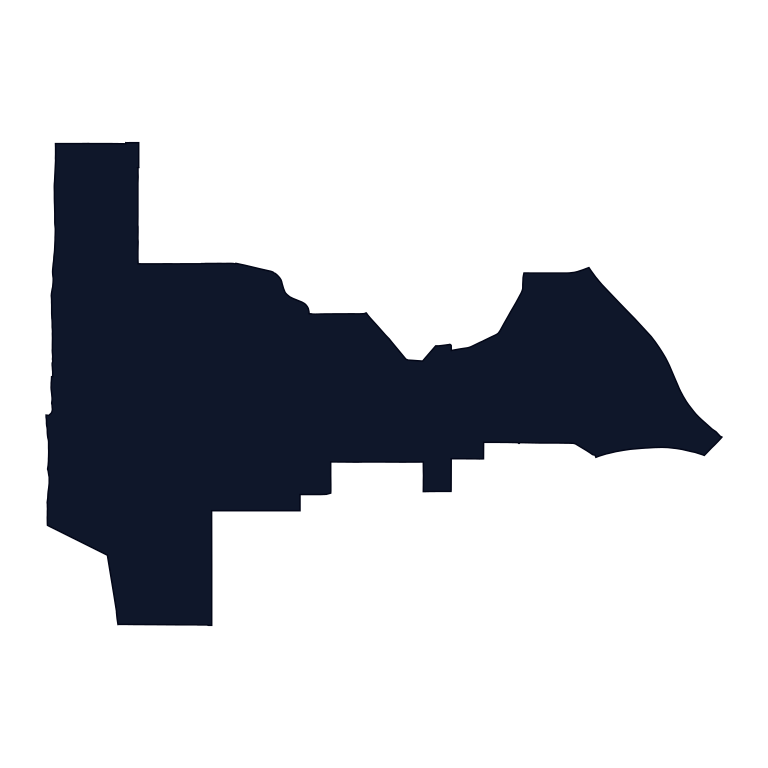 the district of Cambridge, Western Australia, Australia
{"feature_id": "25037944B66566842359979", "entity_name": "Cambridge", "entity_type": "district", "adm_level": 2, "iso_a3": "AUS", "parent_name": "Australia", "parent_adm1": "Western Australia", "projection": "orthographic", "projection_center": [115.789, -31.935], "detail": "fine", "context": "isolated", "style": "filled", "palette": "ink", "viewbox_px": 768, "rotation_deg": 0, "n_neighbors": 0, "source": "geoboundaries", "source_scale": "gbopen_adm2", "svg_char_len": 5942}
<svg xmlns="http://www.w3.org/2000/svg" viewBox="0 0 768 768"><path d="M55.5,143.6L55.6,147.8L55.6,154.3L55.5,158.4L55.6,160.4L55.5,162.5L55.4,164.6L55.3,166.7L55.2,168.8L55.0,173.0L54.9,175.0L54.8,177.1L54.6,181.3L54.4,183.5L54.3,185.8L54.3,187.9L54.4,192.1L54.4,198.4L54.5,202.7L54.6,204.9L54.8,213.3L54.8,215.5L54.8,217.6L54.8,219.8L54.8,222.3L54.9,224.4L55.1,226.5L55.3,228.8L55.3,231.0L55.2,235.2L55.1,237.4L55.1,239.5L54.9,244.0L54.8,246.2L54.6,250.5L54.4,252.7L54.1,254.9L53.9,257.1L53.8,259.3L53.6,261.4L53.3,263.4L53.1,265.4L52.7,269.7L52.6,271.8L52.7,273.9L52.9,276.0L53.2,278.2L53.2,280.4L53.1,282.4L52.9,284.7L52.7,287.0L52.2,289.2L51.5,293.5L51.3,295.7L51.5,298.1L51.6,300.2L51.6,302.6L51.7,304.8L51.7,307.0L51.7,309.1L51.7,311.4L51.7,313.6L51.8,315.7L51.9,318.2L52.1,320.2L52.2,322.6L52.2,324.8L52.2,327.1L52.4,329.3L52.5,331.5L52.4,333.7L52.5,337.9L52.4,344.3L52.4,348.4L52.3,350.4L52.4,352.6L52.6,354.7L52.7,356.8L52.5,359.2L52.8,361.2L52.2,363.2L52.2,365.2L52.4,367.3L52.5,369.4L52.7,371.5L52.7,376.7L51.6,376.7L51.4,380.9L51.2,383.0L51.2,385.2L51.1,387.3L51.2,389.3L51.7,393.6L51.9,395.8L52.1,397.9L52.1,399.9L51.7,403.2L52.1,405.2L52.2,407.2L52.4,409.3L52.1,411.3L51.3,413.1L48.9,415.4L46.1,415.1L46.1,417.1L46.4,419.1L46.5,421.2L46.5,423.5L46.7,425.7L47.1,427.7L47.3,429.7L47.3,431.8L47.4,433.8L47.6,435.9L47.9,437.9L48.4,439.9L48.6,441.9L48.6,446.2L48.6,448.3L48.7,450.5L48.7,452.6L48.6,456.8L48.5,458.9L48.5,460.9L48.2,465.1L47.9,467.1L47.6,469.1L48.2,471.0L48.5,473.1L48.8,475.1L49.2,477.1L49.2,481.2L49.2,483.2L48.8,487.3L48.5,489.5L48.2,491.6L48.0,493.8L47.8,498.0L47.2,502.4L47.4,504.6L47.4,506.6L47.5,508.9L47.4,511.1L47.4,513.3L47.4,515.3L47.3,517.4L47.4,524.0L47.5,525.3L50.4,526.8L107.4,555.2L113.9,594.8L116.5,611.2L116.5,612.3L117.1,618.4L118.0,624.5L118.7,624.4L120.3,624.4L121.6,624.4L126.3,624.4L134.4,624.5L154.7,624.6L181.9,624.8L196.8,624.8L197.6,624.9L198.4,624.9L203.7,624.9L206.7,624.9L208.4,625.3L211.7,625.3L211.7,607.0L211.7,581.8L211.7,575.1L211.7,569.6L211.7,564.5L211.6,510.7L247.4,510.7L300.0,510.7L300.0,497.3L300.0,494.5L318.8,494.5L321.0,494.5L326.3,494.3L330.7,493.1L330.8,490.8L330.8,484.5L330.7,475.7L330.7,473.3L330.7,461.9L343.8,462.0L354.4,462.1L358.5,462.1L362.8,462.0L381.9,462.0L402.6,462.1L423.3,462.0L423.4,471.4L423.5,475.7L423.4,480.5L423.4,485.2L423.3,491.6L424.7,491.6L427.3,491.5L437.1,491.4L444.8,491.4L445.0,491.4L451.0,491.4L451.1,489.8L451.2,462.2L451.2,458.7L454.5,458.7L456.2,458.7L475.8,458.8L479.3,458.9L483.5,458.8L483.6,442.3L487.8,442.3L497.9,442.3L502.1,442.4L507.5,442.4L518.2,442.6L518.3,442.8L518.3,443.0L518.6,443.2L518.7,443.3L518.9,443.4L519.1,443.4L519.3,443.3L519.5,443.2L519.8,442.8L519.8,442.6L520.5,442.6L541.1,443.0L558.2,443.0L565.4,443.1L568.0,443.1L570.7,443.2L573.5,443.3L575.4,443.8L579.2,446.1L586.5,450.5L590.2,452.9L592.3,454.4L593.2,454.8L594.5,455.0L595.2,455.3L595.6,456.6L595.9,457.3L599.3,456.0L606.4,453.8L607.9,453.5L615.8,451.6L623.8,450.2L630.6,449.2L634.3,448.9L642.5,448.2L645.4,448.0L647.8,447.9L654.2,447.5L662.0,447.3L667.9,447.5L676.8,448.5L682.2,449.4L691.6,451.6L695.0,452.3L702.8,454.8L704.3,455.4L711.7,447.7L714.6,444.9L718.1,441.3L720.8,438.4L721.9,437.1L720.1,436.2L716.1,431.9L712.2,429.2L701.9,420.0L698.8,417.1L695.9,414.1L693.5,411.2L688.7,405.0L686.4,401.7L683.1,396.2L681.1,392.4L680.8,391.9L680.6,391.5L679.8,389.8L679.5,389.3L677.7,385.0L675.1,379.0L669.4,365.6L667.5,361.7L665.5,357.8L663.0,353.6L661.7,351.5L659.1,347.5L655.3,342.0L651.2,336.6L634.7,318.7L626.0,309.8L620.7,304.3L619.8,303.4L605.9,288.8L602.0,284.7L598.3,280.4L597.9,279.8L595.7,277.2L590.9,270.6L588.9,267.6L587.0,268.3L582.8,269.9L577.3,271.7L574.3,272.4L569.2,273.0L566.0,273.1L561.4,273.1L557.8,273.1L554.0,273.1L542.5,273.1L534.6,273.1L524.0,273.0L523.5,275.3L523.1,277.7L523.0,280.6L522.8,284.7L522.8,287.2L522.7,288.9L522.5,289.5L522.4,290.0L521.7,291.9L520.9,293.6L520.1,295.0L517.8,299.3L516.0,302.6L513.1,307.6L510.3,312.4L508.2,316.2L504.1,323.4L500.2,330.5L498.9,332.4L498.6,332.8L498.3,333.2L497.4,333.9L496.3,334.6L495.1,335.2L490.0,337.6L489.0,338.1L481.4,341.8L480.0,342.4L472.4,346.1L470.4,347.0L468.2,347.7L467.2,347.9L461.0,348.8L451.3,350.5L451.2,345.6L451.0,345.2L450.4,344.6L449.7,344.4L449.0,344.6L444.6,345.2L442.2,345.5L441.3,345.6L438.6,345.9L435.7,345.9L425.4,357.8L423.3,360.3L422.6,361.1L413.0,360.4L408.0,360.1L407.4,359.8L405.9,359.2L391.9,342.3L389.1,338.8L388.0,337.7L385.5,335.1L378.7,327.4L376.1,324.5L373.1,321.2L370.3,318.1L367.7,315.0L366.6,313.4L366.1,312.9L364.5,313.6L363.7,313.7L359.0,313.9L350.5,313.8L344.8,313.9L339.4,313.9L336.0,313.9L335.3,313.9L334.6,313.9L321.3,314.0L319.2,314.1L315.2,314.2L312.4,314.1L310.9,313.8L309.1,313.8L309.1,313.2L309.0,312.4L308.9,311.4L308.6,310.0L308.2,308.3L307.2,306.5L305.6,304.5L304.2,303.4L301.9,302.1L293.0,298.5L289.8,296.9L287.0,294.6L285.5,293.0L284.9,292.0L283.5,288.5L282.1,283.7L281.7,281.9L281.4,281.0L280.9,279.7L279.5,277.6L277.5,275.4L277.3,275.2L276.7,274.7L275.9,274.0L275.5,273.7L274.9,273.3L274.6,273.2L274.3,273.2L273.5,272.6L273.0,272.1L270.8,271.3L269.4,271.0L259.3,268.7L256.4,268.0L244.2,265.1L240.8,264.4L236.6,263.5L235.6,263.4L235.1,263.9L234.6,263.8L233.7,263.6L233.0,263.5L232.2,263.5L231.0,263.4L229.0,263.4L223.7,263.5L219.5,263.4L214.2,263.5L211.9,263.5L208.4,263.5L206.3,263.5L205.4,263.5L204.3,263.6L202.8,263.6L201.4,263.6L200.6,263.8L199.5,263.8L183.0,263.8L177.0,263.9L167.9,263.8L157.2,263.9L143.7,263.9L143.3,263.9L138.1,263.8L137.9,258.9L137.9,252.5L137.9,251.4L138.1,241.9L138.0,240.2L137.9,238.6L138.0,232.2L138.0,226.8L137.9,225.9L137.8,225.1L137.8,224.3L137.9,216.7L137.9,210.7L137.9,202.4L137.9,198.7L137.9,190.7L137.9,189.8L137.9,188.0L137.9,183.1L138.1,177.0L138.0,172.9L138.0,168.5L137.9,167.8L137.8,167.7L138.8,167.5L138.7,166.5L138.7,142.7L129.7,142.7L126.6,142.8L125.8,142.7L125.8,143.8L108.3,143.6L92.9,143.6L89.8,143.6L88.7,143.5L80.8,143.6L55.5,143.6Z" fill="#0f172a" stroke="#020617" stroke-width="1.5"/></svg>